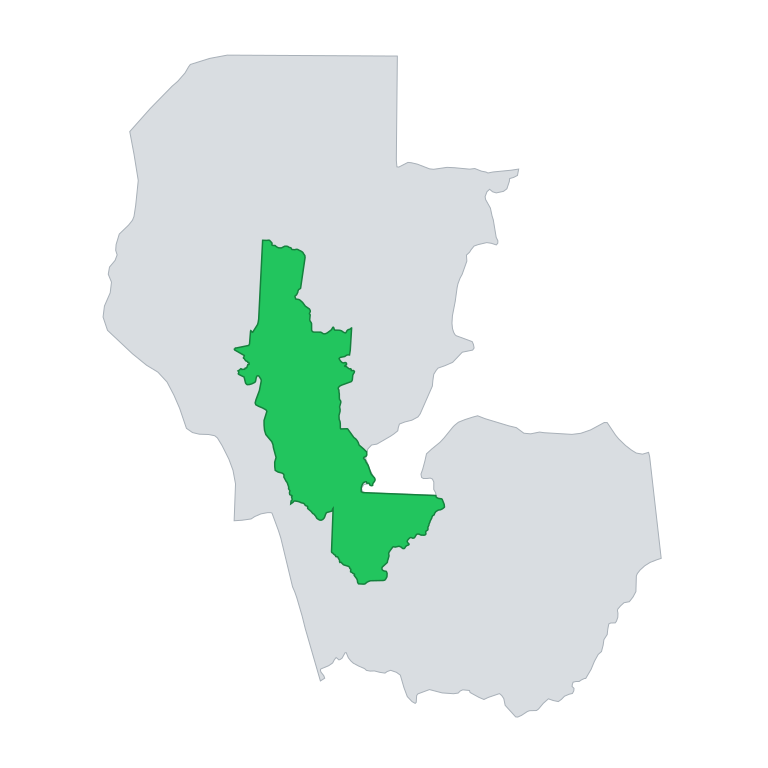 Central on a map of Zambia (orthographic projection), rotated 92°
{"feature_id": "ZMB-516", "entity_name": "Central", "entity_type": "Province", "adm_level": 1, "iso_a3": "ZMB", "parent_name": "Zambia", "parent_adm1": "", "projection": "orthographic", "projection_center": [28.771, -13.872], "detail": "fine", "context": "in_parent", "style": "filled", "palette": "green", "viewbox_px": 768, "rotation_deg": 92, "n_neighbors": 0, "source": "natural_earth", "source_scale": "10m", "svg_char_len": 9800}
<svg xmlns="http://www.w3.org/2000/svg" viewBox="0 0 768 768"><g transform="rotate(92 384 384)"><path d="M525.9,529.0L489.0,528.9L475.5,531.9L464.5,536.4L451.3,543.6L443.7,548.6L441.6,551.4L440.6,557.5L440.6,566.9L439.2,573.7L435.2,579.9L415.4,587.4L402.4,593.6L389.6,600.9L380.0,610.4L373.5,622.0L362.6,636.4L340.0,662.2L326.9,667.1L315.8,666.1L302.4,660.8L291.7,659.9L283.9,663.4L276.7,662.4L269.9,657.1L264.3,655.2L259.8,656.8L254.0,656.6L243.4,653.8L234.1,644.8L229.1,641.1L225.3,639.7L214.3,638.4L189.2,636.7L163.3,641.8L140.6,646.9L116.7,627.1L93.7,606.1L88.7,600.7L80.1,593.7L73.9,590.4L71.4,588.7L64.7,569.6L60.8,552.1L55.8,382.1L159.8,379.5L166.5,378.7L166.7,376.8L161.7,367.8L161.9,364.6L163.1,358.4L167.4,346.0L167.7,341.9L165.3,328.6L165.4,321.1L166.3,305.9L165.5,300.8L167.9,294.0L168.6,289.5L169.5,287.5L168.3,282.4L165.9,264.4L164.5,256.9L170.9,257.9L173.0,261.6L174.3,265.6L177.1,265.8L184.6,268.0L187.3,271.3L189.1,278.5L188.1,282.2L185.7,285.2L188.2,287.8L193.2,289.5L196.1,288.9L204.5,283.8L212.2,281.9L216.2,280.5L233.5,277.0L236.9,275.2L239.3,275.2L241.1,276.6L239.6,281.7L239.1,286.3L241.4,294.8L243.0,298.8L246.7,301.6L249.3,303.1L252.3,306.1L258.3,305.5L271.6,309.7L275.6,311.7L281.3,313.6L285.2,314.3L298.9,315.7L313.4,318.0L320.9,318.2L326.2,317.5L329.9,316.2L332.2,314.8L333.2,313.6L338.6,297.3L341.4,296.0L344.9,295.2L347.0,296.6L349.5,306.9L359.9,316.1L363.6,323.8L366.2,330.5L368.5,332.3L372.5,334.6L378.8,335.3L384.4,335.6L412.6,346.8L415.7,348.9L419.2,354.9L421.2,361.8L423.5,367.2L427.1,368.2L430.3,368.6L433.5,372.3L435.9,375.6L444.3,389.0L445.4,394.3L449.4,397.8L454.9,399.4L459.9,399.6L462.9,398.0L470.0,395.2L475.6,392.1L479.7,391.0L482.1,391.7L484.0,393.9L485.1,400.6L489.1,402.8L492.0,401.9L493.2,399.3L493.3,398.0L493.4,328.1L490.9,328.6L487.6,330.6L480.2,330.8L477.3,332.3L476.4,334.5L476.9,337.4L477.1,341.3L476.0,343.2L472.7,343.9L468.0,342.4L459.4,340.4L452.3,339.1L447.2,333.9L440.3,326.0L435.7,322.0L424.8,313.8L422.9,312.1L419.6,308.3L416.7,301.7L414.0,294.2L412.5,289.3L415.1,281.9L421.5,257.7L423.0,250.2L428.3,242.5L428.7,235.7L426.6,226.9L427.1,222.1L427.8,194.4L426.4,185.6L422.7,176.0L414.8,162.5L414.8,159.6L427.0,150.8L430.7,147.5L437.1,140.4L441.4,134.4L444.2,129.5L445.1,123.2L443.1,117.2L447.3,116.0L548.6,100.9L550.1,105.1L553.1,112.0L556.6,117.1L560.9,121.5L564.6,124.2L567.0,125.1L582.6,125.0L588.2,127.7L593.0,131.2L594.2,136.5L597.4,139.8L600.8,142.5L602.3,142.8L604.9,142.2L609.0,142.2L612.9,143.4L614.7,144.6L614.9,149.0L616.0,151.0L621.3,151.8L626.6,152.2L631.8,155.3L637.4,155.9L643.8,157.3L646.8,160.5L653.7,164.0L662.0,167.1L671.2,172.1L671.4,173.6L672.9,176.5L674.5,178.6L674.6,181.7L675.4,184.6L677.7,185.3L679.7,185.5L681.5,183.5L684.0,183.6L686.7,184.9L687.6,188.2L689.7,192.7L693.0,195.7L695.3,198.7L694.4,203.9L692.9,208.7L697.5,213.6L703.4,218.2L705.0,220.2L705.4,227.0L706.3,229.3L710.3,234.9L712.2,238.7L712.1,240.8L700.9,251.7L694.2,253.3L691.2,255.5L689.4,257.8L693.6,268.9L695.8,273.1L693.8,278.3L689.3,287.2L687.3,287.9L686.9,294.6L688.1,297.1L690.3,299.1L691.1,303.7L690.7,315.0L687.8,327.9L692.5,339.3L694.2,340.5L701.0,340.7L702.1,341.7L700.4,344.9L695.6,349.8L686.9,353.4L674.4,357.5L671.7,361.5L669.9,367.4L671.3,370.9L672.9,372.9L672.3,378.1L671.1,383.5L671.4,387.8L670.8,391.6L669.1,393.5L666.9,399.2L664.1,404.9L661.9,407.5L658.8,410.1L653.8,412.4L653.9,413.5L659.4,416.3L660.8,418.1L661.3,419.4L659.0,422.3L661.5,424.1L664.6,425.6L667.5,429.5L670.8,436.8L671.4,437.5L672.3,437.6L674.2,436.9L677.6,434.0L680.1,433.0L683.0,437.2L631.0,454.2L618.8,457.7L600.6,463.7L594.7,466.0L589.9,468.3L541.7,481.7L534.1,484.4L517.0,491.4L516.5,492.6L516.6,495.8L518.1,502.5L521.0,508.6L523.5,512.1L525.1,521.1L525.9,529.0Z" fill="#d9dde1" stroke="#a8b0b8" stroke-width="1"/><path d="M491.6,403.1L492.4,403.0L493.3,401.2L493.7,328.3L495.0,328.0L495.4,327.6L495.9,326.9L496.4,325.7L496.7,322.8L496.9,322.2L497.3,321.8L502.1,319.7L504.6,319.3L504.9,319.3L505.2,319.5L506.7,321.2L507.7,323.1L508.1,325.3L509.7,327.7L511.5,328.9L513.0,329.3L514.1,330.9L515.3,331.4L516.3,331.6L519.4,333.1L520.8,333.4L522.2,334.1L523.5,334.2L525.3,335.0L526.2,335.2L527.1,335.0L528.2,335.1L528.7,335.6L529.3,336.6L530.2,337.1L530.5,337.2L532.1,336.9L532.7,337.0L533.3,337.5L533.7,338.6L533.7,341.6L533.5,342.3L532.8,343.7L532.8,345.3L533.0,345.9L533.6,346.5L536.3,348.0L536.9,348.7L537.1,349.9L536.5,351.5L536.6,352.5L537.6,353.6L539.2,354.9L540.5,355.4L541.7,354.8L542.9,353.5L543.4,353.4L544.0,353.8L544.7,355.5L545.1,356.1L546.1,356.9L547.2,357.5L547.7,358.0L547.8,358.5L547.8,359.3L547.5,359.9L546.4,361.2L545.6,363.3L546.6,367.1L546.3,368.9L546.5,369.3L546.9,369.7L550.3,372.1L552.4,373.3L553.4,373.4L555.6,373.0L559.0,373.8L560.5,374.3L562.0,374.4L562.7,374.9L566.8,379.1L567.6,379.6L569.0,379.6L569.8,379.2L570.3,378.6L570.9,377.2L571.1,375.4L571.5,375.0L573.1,374.3L576.0,374.3L576.7,374.4L578.9,375.5L579.6,376.1L579.9,376.3L580.2,377.1L580.4,378.0L581.1,390.6L581.5,391.7L582.5,393.8L584.5,396.1L584.7,397.7L584.6,402.5L583.3,403.4L580.7,403.9L579.4,404.6L577.2,406.4L576.4,407.1L576.0,406.9L575.5,406.8L575.0,406.9L574.6,408.1L573.5,409.4L572.9,410.8L572.2,410.9L570.8,410.6L570.2,410.8L569.6,411.6L568.1,412.2L567.4,413.4L566.3,417.5L566.0,418.3L563.6,420.8L563.9,421.8L563.2,422.2L561.6,422.3L559.5,423.7L558.8,423.9L558.3,424.4L558.3,425.3L558.1,426.2L556.8,426.7L556.8,426.9L555.9,428.2L554.6,429.5L554.3,430.2L553.8,430.5L553.2,430.6L509.9,430.5L510.4,430.9L512.5,431.4L512.8,431.6L514.5,436.8L514.7,437.1L516.5,437.9L519.1,438.7L520.0,439.1L521.5,440.4L522.2,441.7L522.3,442.7L522.2,443.6L521.9,444.3L520.7,446.3L520.0,446.8L518.6,447.6L517.3,448.8L516.6,449.3L515.9,450.7L513.8,452.5L511.2,455.8L510.6,456.1L509.6,455.9L509.0,456.1L508.6,457.0L508.2,458.3L507.9,458.6L506.9,459.2L506.3,459.8L505.9,460.8L505.7,462.1L505.4,463.1L504.8,464.3L504.3,466.4L504.0,469.3L504.3,469.9L505.5,470.9L507.1,473.0L504.3,472.8L503.7,472.5L503.2,471.9L502.7,471.7L501.9,471.8L501.0,472.2L500.0,472.5L499.2,471.9L498.9,472.0L498.6,472.4L498.1,473.8L497.8,474.3L497.4,474.4L496.1,474.7L494.2,474.4L493.8,474.4L492.1,475.7L490.2,475.7L485.8,477.4L484.7,478.4L481.4,480.3L480.6,480.8L478.5,480.8L477.6,481.2L476.8,482.4L476.5,483.1L475.7,486.8L474.1,489.7L470.4,490.3L465.9,490.5L461.2,489.3L451.5,492.3L448.6,492.8L445.6,494.1L438.7,500.3L434.3,501.8L429.4,502.4L424.6,502.6L415.4,500.1L413.9,501.1L412.1,504.7L410.6,508.7L409.2,511.4L407.4,512.1L404.2,511.4L394.9,508.3L385.4,506.8L384.0,506.9L383.5,507.2L380.7,509.1L380.2,509.7L380.1,510.3L380.4,511.1L381.2,511.6L382.5,512.0L385.5,512.4L386.3,512.7L387.0,513.4L388.5,516.2L389.3,518.8L389.4,520.6L389.3,521.0L388.8,521.6L387.8,522.4L381.9,524.1L379.6,529.2L378.9,530.0L377.9,529.6L376.9,529.6L376.0,530.4L375.1,529.0L373.7,527.6L373.8,527.2L374.5,526.4L374.2,525.7L374.2,524.0L374.0,523.7L373.1,523.4L372.9,523.2L372.8,522.2L372.3,521.7L369.2,520.7L369.1,520.4L369.2,519.9L369.1,519.6L368.7,519.5L367.9,519.5L367.2,520.0L367.0,521.0L366.3,521.4L366.1,521.6L365.9,522.5L365.6,523.0L364.3,524.1L363.5,524.5L363.1,525.3L362.6,525.4L361.7,524.9L360.6,524.6L360.4,524.6L355.3,534.3L354.4,534.8L353.8,534.0L353.2,533.8L353.2,533.1L350.2,520.6L348.8,519.8L335.8,519.2L335.3,519.0L335.5,518.7L336.8,517.5L336.9,517.1L336.3,516.7L328.9,512.4L326.7,511.9L323.4,511.5L244.6,510.3L244.6,506.4L244.3,504.3L244.4,503.4L246.8,501.0L247.4,500.8L248.8,500.9L249.2,500.6L249.4,499.9L249.4,497.7L250.4,496.5L251.1,495.3L251.6,494.1L251.6,491.3L249.8,488.1L249.7,487.1L249.7,485.9L249.9,484.9L250.7,483.8L251.1,481.9L251.5,481.5L252.7,480.9L252.8,480.6L252.9,477.8L252.5,476.6L252.4,475.7L252.6,474.8L253.2,473.7L254.1,471.6L255.0,470.1L255.6,469.5L256.4,469.1L258.4,467.6L260.4,467.3L291.2,470.7L291.8,471.3L292.6,472.6L294.0,473.2L295.4,473.4L297.9,474.5L299.1,475.9L299.7,476.1L302.2,475.1L302.5,472.1L303.1,470.9L305.3,468.2L308.9,465.4L311.2,461.8L311.6,461.2L312.4,460.7L313.2,460.3L314.2,460.2L315.8,460.9L316.5,461.0L316.8,460.8L317.2,460.3L317.8,460.2L322.4,460.5L323.4,460.2L325.4,458.8L326.2,458.5L333.1,458.2L334.0,457.3L334.3,457.0L334.6,456.1L334.4,449.1L334.7,448.3L335.8,446.6L336.0,445.6L335.8,444.3L334.9,442.5L332.1,439.0L331.5,438.4L329.3,437.2L329.0,436.8L329.3,436.3L330.9,435.7L331.8,435.1L331.9,434.6L331.8,430.9L332.0,429.4L332.4,428.2L333.6,426.4L334.1,425.3L334.3,424.3L334.0,423.8L332.3,423.0L331.6,422.5L330.9,421.6L330.5,420.2L330.2,419.7L329.5,418.8L328.6,418.3L351.4,418.9L356.2,419.5L356.1,421.1L356.6,422.5L357.9,424.2L358.9,428.5L359.4,429.2L360.2,429.8L361.1,429.3L362.6,428.2L363.9,426.8L364.4,425.3L364.0,424.1L363.9,423.3L364.2,422.6L364.7,422.2L365.4,422.1L366.1,422.2L366.5,423.2L367.1,423.8L367.5,423.9L367.8,423.6L367.8,422.4L369.6,420.0L370.1,419.2L370.1,418.8L369.9,418.1L370.1,417.6L370.5,417.3L371.7,417.2L371.8,416.4L371.6,415.7L371.6,414.9L372.4,414.0L373.7,414.2L375.0,415.0L376.2,415.5L380.9,415.8L382.0,416.2L382.8,416.9L386.6,426.3L387.2,427.4L387.8,428.4L389.0,429.3L389.6,429.6L390.4,429.6L391.3,429.0L392.2,428.8L393.7,428.7L395.5,428.3L398.6,428.2L400.6,428.0L401.1,427.8L402.3,426.8L403.4,426.5L404.3,426.6L408.4,427.6L411.0,427.0L412.9,427.0L417.1,427.9L420.7,427.6L421.3,427.4L422.9,426.7L425.1,426.3L429.6,426.1L430.1,425.9L430.4,425.6L430.0,419.2L430.2,418.7L438.5,412.3L439.8,410.4L441.5,408.9L443.4,407.7L445.6,406.9L446.1,406.5L449.7,402.0L451.8,399.8L452.3,399.0L455.5,398.7L456.7,399.3L458.1,401.6L459.0,401.8L459.5,401.4L460.6,400.1L462.7,399.2L465.9,397.0L473.8,394.0L475.0,393.2L478.2,390.2L479.5,389.6L480.8,389.7L481.9,390.3L483.9,391.7L484.6,391.8L485.5,391.7L486.0,392.3L486.1,392.9L486.0,393.5L485.6,394.5L485.1,394.8L484.1,395.1L483.7,395.5L483.7,397.7L482.8,397.9L482.3,398.2L482.3,399.0L482.6,399.7L483.2,400.9L483.7,401.4L484.6,401.9L485.8,402.4L488.0,403.1L491.6,403.1Z" fill="#22c55e" stroke="#15803d" stroke-width="1.5"/></g></svg>